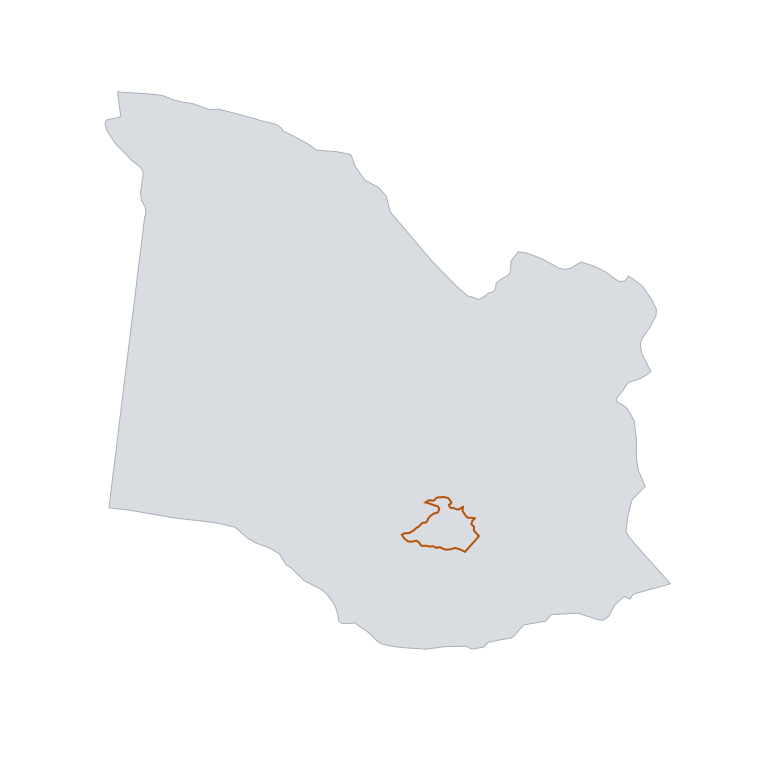 location of Amuria within Uganda, rotated 97°
{"feature_id": "UGA-3124", "entity_name": "Amuria", "entity_type": "District", "adm_level": 1, "iso_a3": "UGA", "parent_name": "Uganda", "parent_adm1": "", "projection": "robinson", "projection_center": [33.651, 2.061], "detail": "fine", "context": "in_parent", "style": "outline", "palette": "amber", "viewbox_px": 768, "rotation_deg": 97, "n_neighbors": 0, "source": "natural_earth", "source_scale": "10m", "svg_char_len": 3334}
<svg xmlns="http://www.w3.org/2000/svg" viewBox="0 0 768 768"><g transform="rotate(97 384 384)"><path d="M540.5,641.9L530.0,641.9L513.0,641.9L495.9,641.9L478.9,641.9L461.9,641.9L444.9,641.9L427.8,641.9L410.8,641.9L393.8,641.9L376.7,641.9L359.7,641.9L342.7,641.9L325.7,641.9L308.6,641.9L291.6,641.9L274.6,641.9L257.5,641.9L247.5,641.9L245.5,641.5L244.1,641.1L237.6,642.4L231.0,647.2L223.9,649.2L216.4,648.4L215.4,648.9L211.6,648.8L206.1,648.5L201.1,649.7L197.3,653.9L193.4,661.0L186.4,669.2L181.0,676.5L176.3,681.6L165.7,690.1L159.9,692.6L157.0,692.2L155.3,690.6L151.9,679.8L149.9,678.0L129.2,683.6L126.1,683.7L126.4,680.3L124.8,654.8L124.6,639.2L127.3,629.4L128.8,618.1L129.0,608.1L132.8,591.2L131.4,581.1L136.2,545.5L137.5,539.7L139.4,522.5L142.5,517.2L145.2,515.1L148.7,504.6L155.5,487.7L160.2,479.0L159.2,460.1L160.0,447.2L161.1,444.3L171.1,439.5L184.1,427.6L189.6,413.5L197.3,404.6L212.4,398.8L256.9,350.6L277.6,324.7L286.6,311.4L287.0,306.6L288.7,300.4L285.1,295.5L280.8,291.0L279.3,286.9L275.6,284.9L270.3,285.0L266.8,282.0L262.8,276.2L258.8,272.5L246.2,272.8L236.5,266.8L236.6,258.7L240.4,242.7L247.8,224.3L248.2,219.3L247.2,215.0L245.4,211.3L242.1,207.6L238.9,203.2L241.4,190.0L246.0,177.1L249.8,170.6L253.6,163.4L252.5,157.5L247.1,154.5L249.9,148.7L255.8,139.0L267.1,129.1L277.1,122.5L283.8,122.5L296.8,127.7L308.5,133.9L314.9,134.3L322.7,131.7L338.9,120.7L342.8,124.2L347.6,130.8L352.7,141.8L362.9,146.9L367.8,150.3L371.3,151.4L373.2,150.5L377.1,141.8L381.8,137.1L390.4,131.1L409.5,126.4L423.1,125.0L428.8,123.9L438.5,121.1L453.7,112.3L468.7,123.7L485.0,125.9L500.8,125.8L505.6,122.4L508.4,119.7L525.0,100.9L547.4,75.4L562.3,111.3L567.5,113.4L566.8,116.5L565.5,119.6L575.3,128.2L587.3,132.7L591.6,137.2L592.0,142.0L587.9,163.0L588.7,169.0L592.6,190.0L599.7,194.7L606.1,215.9L619.0,224.9L620.8,227.5L623.8,237.7L627.7,249.0L630.8,251.6L632.7,252.3L636.4,264.2L634.3,270.9L637.2,291.3L642.0,309.5L643.3,331.2L643.4,340.8L643.2,346.6L642.2,354.9L639.9,359.7L635.8,364.3L631.2,371.6L627.3,379.5L624.8,383.3L626.7,395.1L626.2,398.2L625.2,399.7L619.3,401.5L611.9,404.6L607.4,407.7L601.0,413.7L595.9,420.1L589.1,439.1L577.8,453.8L575.8,458.7L565.1,467.5L560.4,478.4L557.5,491.7L553.3,501.2L544.3,514.3L542.2,535.0L542.5,576.3L540.2,623.4L540.5,641.9Z" fill="#d9dde1" stroke="#a8b0b8" stroke-width="1"/><path d="M496.5,328.4L493.9,325.2L493.8,320.8L492.6,319.4L490.8,318.4L489.9,316.4L489.5,314.1L488.9,310.5L489.4,306.3L493.2,302.6L494.7,303.0L495.8,304.8L497.7,304.1L499.0,302.3L498.7,301.3L498.4,300.0L498.8,299.2L499.1,298.2L499.6,295.8L499.0,293.7L497.5,292.3L496.5,290.6L500.3,290.6L503.7,287.9L506.5,284.8L506.1,280.4L506.3,277.6L509.1,279.6L512.4,280.2L515.0,277.1L518.4,277.0L523.3,271.4L525.6,272.6L540.7,283.2L538.9,288.3L538.1,293.5L538.7,295.3L539.7,296.7L540.7,301.5L540.8,304.0L539.9,306.3L539.3,308.2L539.4,310.2L540.1,311.4L540.3,312.5L539.7,313.6L539.2,314.7L539.1,316.5L539.8,318.1L539.4,323.0L539.9,325.3L539.9,327.4L536.7,330.2L535.5,333.0L537.1,336.8L537.3,341.0L535.0,345.0L531.4,347.9L530.4,346.6L529.6,345.3L529.3,343.0L528.8,340.7L526.0,337.1L522.7,334.1L521.9,332.8L520.9,331.7L518.9,330.5L517.1,328.8L516.8,327.0L516.1,325.1L514.2,324.2L512.1,323.7L509.0,321.7L506.6,318.7L504.8,314.8L501.1,313.9L498.8,315.8L498.3,319.3L497.2,323.8L496.5,328.4Z" fill="none" stroke="#b45309" stroke-width="2"/></g></svg>